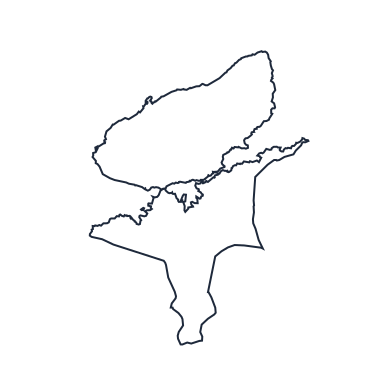 Samosir, Sumatera Utara, Indonesia, rotated 281°
{"feature_id": "22746128B81816662901100", "entity_name": "Samosir", "entity_type": "district", "adm_level": 2, "iso_a3": "IDN", "parent_name": "Indonesia", "parent_adm1": "Sumatera Utara", "projection": "albers", "projection_center": [98.751, 2.555], "detail": "fine", "context": "isolated", "style": "outline", "palette": "slate", "viewbox_px": 384, "rotation_deg": 281, "n_neighbors": 0, "source": "geoboundaries", "source_scale": "gbopen_adm2", "svg_char_len": 6114}
<svg xmlns="http://www.w3.org/2000/svg" viewBox="0 0 384 384"><g transform="rotate(281 192 192)"><path d="M187.3,142.0L186.0,144.7L186.6,145.4L185.6,145.8L184.9,148.4L186.2,150.1L188.6,151.2L189.4,152.8L189.1,154.1L189.9,155.8L189.9,158.3L188.6,161.4L189.7,163.0L190.6,165.5L192.7,165.9L196.9,171.3L196.8,173.0L198.1,174.2L198.1,176.4L198.6,177.2L199.4,177.3L199.8,178.3L199.8,184.2L200.6,184.6L201.5,187.1L202.5,187.5L202.3,188.5L203.4,189.1L204.2,190.5L203.7,193.0L204.5,194.1L204.3,196.6L204.8,198.2L205.6,198.3L206.1,201.1L210.8,205.2L211.7,204.8L211.9,203.9L211.7,204.8L210.8,205.2L211.7,207.3L213.7,208.3L214.3,209.2L215.8,208.7L215.7,211.6L216.3,211.1L216.9,213.3L220.4,215.3L222.7,219.1L223.5,219.1L224.9,216.5L226.6,215.4L230.4,216.4L232.4,215.5L234.4,215.6L236.7,218.7L237.5,219.0L237.8,218.3L237.6,219.7L238.7,220.8L240.6,221.4L241.6,222.4L242.4,221.6L241.6,222.4L243.1,222.8L242.7,224.5L244.3,225.2L244.6,228.8L245.2,229.1L244.3,232.4L245.0,235.2L244.8,236.6L246.0,238.5L248.4,237.9L248.7,236.0L250.0,234.4L252.6,233.3L253.5,233.5L254.9,234.3L255.6,236.3L258.6,238.9L259.9,239.8L260.8,239.0L262.0,239.2L262.8,241.4L263.2,241.0L265.7,241.4L266.4,243.5L267.3,243.2L268.3,243.8L268.9,245.9L270.0,246.9L275.2,249.0L275.9,251.6L277.7,253.8L278.9,253.8L284.1,255.9L284.5,254.7L287.9,254.0L289.5,255.0L289.9,257.1L291.0,257.4L294.7,255.7L296.1,252.9L300.3,253.4L303.9,252.5L307.9,254.3L313.5,252.0L314.9,250.9L316.1,248.3L317.6,248.5L318.9,249.4L319.5,248.6L321.1,249.1L323.9,247.7L326.9,248.3L327.9,247.0L331.3,245.2L334.4,244.1L335.3,244.4L338.0,241.7L341.3,240.5L343.1,238.9L343.8,237.1L342.9,234.4L343.5,233.5L341.4,229.7L338.7,227.3L338.7,225.1L337.5,224.6L336.4,221.2L335.7,220.7L335.3,219.0L332.7,214.8L331.7,214.6L330.7,213.0L327.4,210.9L326.6,209.6L324.2,208.8L323.7,207.7L321.0,206.3L318.1,203.6L316.0,203.0L315.5,202.0L309.0,197.3L299.7,186.8L299.4,184.8L299.4,185.4L299.4,184.8L300.1,182.2L300.1,181.5L297.3,179.1L296.5,176.0L293.6,171.0L293.9,170.3L291.3,167.3L291.1,164.5L291.5,164.1L290.2,161.6L289.8,157.8L288.9,157.4L286.4,152.8L280.5,145.8L279.7,143.7L278.6,143.2L274.0,139.3L274.1,138.6L273.0,138.2L272.6,137.1L271.1,136.3L271.5,135.5L272.8,135.0L273.0,134.1L274.0,134.1L274.0,133.6L276.5,134.6L277.5,134.1L277.7,133.0L277.2,132.0L275.5,130.9L275.4,130.3L272.7,129.1L271.3,129.4L272.0,131.0L271.0,131.4L269.9,130.9L270.0,129.8L266.7,128.3L266.7,127.7L265.0,128.4L260.2,125.8L260.8,124.4L257.9,123.0L251.3,115.9L251.9,112.2L248.5,108.4L248.0,106.8L243.1,102.1L243.1,101.3L239.4,99.9L235.2,96.5L229.7,96.0L227.4,97.5L225.9,96.0L224.6,96.4L224.4,97.2L223.3,97.2L222.7,95.8L217.9,90.7L217.0,91.1L212.7,89.9L211.4,87.5L208.9,88.1L207.4,87.7L204.2,91.7L201.9,92.0L201.4,93.9L199.3,96.4L192.5,101.0L189.9,108.8L189.0,113.8L188.8,125.6L188.1,128.5L188.2,134.3L187.6,135.0L188.0,135.9L187.3,142.0ZM74.5,193.2L74.8,195.0L73.4,195.9L70.6,201.8L67.5,205.5L65.4,206.9L59.3,208.7L52.1,205.7L48.2,205.4L45.3,206.3L40.2,209.9L40.5,211.7L43.3,216.0L43.1,220.2L47.2,227.6L48.0,230.2L52.0,229.7L56.1,226.8L63.7,226.8L70.6,231.8L76.0,237.2L78.0,238.3L82.9,236.9L92.3,231.1L96.9,227.3L96.8,226.8L133.2,227.1L139.5,232.3L144.5,237.9L148.1,244.0L149.5,253.5L150.5,270.5L150.0,272.3L157.6,266.6L168.0,261.4L172.9,258.1L176.9,257.0L183.8,256.7L189.7,255.2L190.6,255.5L195.4,254.1L218.8,251.2L233.2,261.0L239.1,266.5L239.5,268.5L239.1,269.2L240.0,271.5L244.1,276.1L248.3,284.4L252.5,286.0L258.6,290.2L261.1,290.7L262.1,291.5L262.4,293.7L264.3,296.5L265.0,295.9L264.7,293.2L265.8,291.9L266.0,290.1L264.6,290.1L262.1,288.6L260.3,286.2L260.2,284.9L259.3,285.0L256.7,283.4L256.4,281.7L255.6,281.1L253.8,280.9L253.7,277.7L252.9,276.9L252.9,275.4L251.2,274.1L249.2,273.8L248.9,272.1L249.4,270.7L250.1,270.0L252.5,270.5L252.1,267.8L252.6,266.6L251.9,263.5L250.2,261.9L248.8,261.8L248.2,260.3L248.5,256.7L244.5,254.9L243.4,253.8L243.7,252.4L242.7,250.6L240.2,249.2L240.0,251.7L239.2,252.1L238.9,253.4L234.1,252.0L235.3,249.7L232.9,245.7L233.3,243.0L232.0,242.5L231.9,237.1L229.3,235.8L229.1,233.9L228.6,233.8L228.6,230.9L226.6,230.2L226.5,229.0L225.3,227.4L223.1,226.8L223.0,226.3L220.7,226.4L218.8,224.7L218.5,224.1L219.4,222.8L218.7,222.6L219.3,221.2L219.0,220.1L219.4,218.1L217.9,216.4L215.2,215.4L215.1,214.2L213.9,214.1L212.8,211.5L211.2,211.1L209.9,211.9L210.8,210.7L210.5,210.2L204.9,205.7L205.6,203.8L204.1,203.4L204.0,202.6L202.9,201.8L202.7,201.0L204.0,200.9L204.3,199.8L201.8,198.3L201.2,196.7L201.5,194.3L198.8,194.0L197.2,195.2L196.4,195.9L196.1,198.0L195.2,198.4L194.2,198.0L193.3,200.7L192.1,201.8L191.6,203.1L190.4,203.3L189.4,201.9L187.3,201.6L186.9,200.8L188.4,197.1L187.1,197.3L186.2,198.5L182.1,199.7L181.6,196.8L182.4,194.1L181.6,192.9L179.6,193.7L178.8,194.6L178.6,195.1L178.1,195.7L178.0,195.8L177.8,195.9L176.1,191.3L174.9,191.5L171.2,189.2L172.5,188.1L176.8,187.5L180.5,185.3L181.5,187.2L188.2,186.6L188.0,184.4L186.5,183.7L182.0,182.8L182.1,184.0L180.5,184.3L179.8,180.9L180.8,180.0L181.9,179.9L182.9,178.1L187.0,175.7L186.5,173.8L186.7,173.1L187.8,172.6L187.2,172.2L186.5,169.9L186.8,168.6L188.5,165.8L190.3,165.0L189.2,162.7L187.3,160.8L182.5,159.9L180.6,158.8L179.6,156.5L179.9,154.4L178.9,155.4L173.0,154.9L172.5,151.5L172.0,151.3L170.2,151.7L170.1,154.5L168.5,154.5L167.7,155.8L166.2,154.4L165.5,151.4L164.1,149.5L162.4,152.2L159.9,151.5L159.0,149.8L159.2,145.9L158.6,145.1L157.3,145.0L154.6,147.5L153.8,146.9L150.6,147.0L149.9,145.9L150.1,143.7L151.4,143.1L152.1,141.3L152.8,141.2L153.3,139.7L155.1,137.7L154.2,137.2L154.9,136.4L156.3,136.2L156.7,135.4L156.0,133.0L156.6,132.4L156.1,131.7L156.5,130.3L155.0,129.7L155.2,127.8L156.2,125.9L155.8,125.2L154.1,125.0L153.9,122.7L151.3,121.2L150.6,117.7L149.7,116.6L146.3,116.1L145.1,114.6L144.3,111.0L141.6,109.1L141.9,107.3L140.7,105.7L140.7,103.3L139.9,102.9L139.7,101.0L136.7,101.8L135.9,100.7L134.4,101.3L131.3,99.8L129.7,100.0L128.8,102.0L128.5,112.8L125.4,124.9L119.1,177.4L117.4,179.2L115.4,180.4L103.5,185.0L90.8,194.1L86.6,196.2L84.5,196.2L78.8,193.4L74.5,193.2ZM167.1,147.2L165.1,145.3L164.6,146.0L165.1,147.7L166.9,148.1L167.1,147.2ZM217.2,88.6L215.9,89.1L218.0,89.6L217.2,88.6Z" fill="none" stroke="#1e293b" stroke-width="2"/></g></svg>